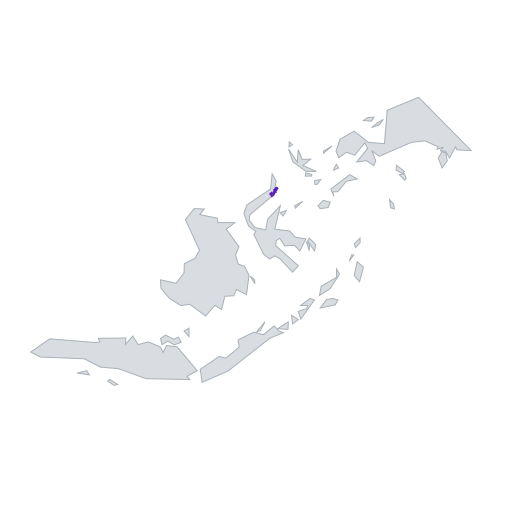 location of Bolaang Mongondow Selatan, Sulawesi Utara, Indonesia, rotated 315°
{"feature_id": "22746128B14720240696101", "entity_name": "Bolaang Mongondow Selatan", "entity_type": "district", "adm_level": 2, "iso_a3": "IDN", "parent_name": "Indonesia", "parent_adm1": "Sulawesi Utara", "projection": "natural_earth1", "projection_center": [123.982, 0.455], "detail": "fine", "context": "in_parent", "style": "filled", "palette": "violet", "viewbox_px": 512, "rotation_deg": 315, "n_neighbors": 0, "source": "geoboundaries", "source_scale": "gbopen_adm2", "svg_char_len": 5771}
<svg xmlns="http://www.w3.org/2000/svg" viewBox="0 0 512 512"><g transform="rotate(315 256 256)"><path d="M171.6,205.3L180.3,218.8L193.3,217.0L199.9,210.7L211.3,214.5L220.1,212.0L231.8,180.4L245.9,178.8L252.6,186.2L245.5,187.0L255.5,202.0L252.7,205.4L264.6,217.4L253.9,216.0L250.5,237.5L242.3,240.7L237.7,249.2L240.6,255.1L237.5,264.6L222.0,276.6L218.5,265.9L212.2,268.4L205.5,262.4L193.8,269.5L192.2,261.9L177.9,262.8L175.1,243.3L167.9,238.0L164.8,224.6L166.1,211.5L171.6,205.3ZM28.8,164.6L51.7,168.8L81.1,203.5L84.7,206.3L86.3,202.7L106.0,222.0L101.2,226.2L112.3,225.4L110.0,235.3L119.2,240.6L124.0,252.8L122.1,258.5L129.5,256.1L136.0,264.4L133.3,295.6L122.2,292.2L121.9,296.6L91.6,265.1L78.9,238.2L67.4,224.6L61.9,207.2L32.1,175.0L28.8,164.6ZM483.2,258.7L482.7,333.6L473.1,323.0L474.3,319.9L462.1,323.5L464.1,316.0L460.8,312.1L462.0,311.5L463.9,311.8L465.1,311.4L459.4,308.5L462.0,307.6L456.9,294.0L446.4,285.6L413.6,272.6L412.3,263.8L407.9,273.5L403.1,275.4L401.5,266.6L393.7,260.8L410.9,258.9L413.1,252.9L397.1,254.5L393.4,246.6L384.1,245.1L386.7,238.5L398.0,232.8L413.7,237.2L415.9,255.2L426.3,267.4L451.8,245.7L483.2,258.7ZM323.3,217.2L312.0,225.2L280.5,222.6L276.6,225.6L275.3,235.1L281.4,244.4L290.4,238.2L308.9,237.6L288.2,250.3L297.5,262.1L297.1,270.3L303.3,279.2L290.5,283.4L290.8,275.8L283.6,269.2L285.2,260.3L281.2,259.4L277.3,262.6L279.0,293.0L270.4,293.2L271.0,275.1L269.4,269.1L263.5,267.8L262.6,260.0L269.8,239.1L273.2,238.6L271.9,229.7L277.4,217.5L285.5,213.4L313.8,218.9L325.5,209.3L323.3,217.2ZM136.5,296.7L158.9,301.0L162.4,306.8L179.8,308.6L183.8,302.6L200.8,308.4L205.5,316.8L219.4,318.3L219.2,325.4L221.2,329.6L208.0,324.0L155.0,317.6L128.5,307.3L136.5,296.7ZM351.6,218.9L361.1,210.6L356.9,220.2L363.2,226.2L353.2,225.2L358.5,238.9L351.2,231.5L348.6,215.6L354.6,203.4L351.6,218.9ZM356.2,261.6L379.8,264.7L382.1,273.1L372.6,267.0L359.4,268.4L355.6,265.0L353.3,268.9L356.2,261.6ZM302.4,327.8L285.1,331.5L272.9,328.8L280.9,323.5L297.9,328.0L303.8,322.0L302.4,327.8ZM252.6,322.5L264.2,324.2L266.2,328.4L243.0,332.3L246.7,325.0L254.7,329.1L257.4,327.6L252.6,322.5ZM323.6,331.6L324.0,339.9L311.0,347.4L311.6,339.3L323.6,331.6ZM136.0,247.9L139.2,257.0L143.7,258.3L142.2,264.0L135.5,261.2L133.4,253.8L126.9,252.2L130.1,246.8L136.0,247.9ZM458.6,323.9L449.8,325.2L454.2,315.7L461.0,313.7L463.1,317.2L458.6,323.9ZM275.0,336.6L280.4,340.5L282.9,345.0L277.4,346.6L264.6,338.2L275.0,336.6ZM342.9,264.2L346.6,270.5L341.2,272.7L334.9,268.0L335.3,264.4L342.9,264.2ZM220.0,322.7L232.3,325.4L226.7,330.5L220.0,322.7ZM239.2,323.1L241.0,330.9L233.8,329.8L239.2,323.1ZM157.6,259.7L151.6,265.6L152.1,258.2L157.6,259.7ZM419.5,291.1L420.8,301.1L418.1,301.6L415.8,294.3L419.5,291.1ZM216.0,308.8L206.6,311.8L202.6,310.1L216.0,308.8ZM306.3,281.0L306.4,290.0L301.0,293.8L303.1,281.8L306.3,281.0ZM46.8,212.3L55.3,217.5L54.1,222.2L46.8,212.3ZM67.5,249.1L64.2,247.2L62.7,239.8L65.2,239.7L67.5,249.1ZM387.1,320.7L385.3,317.1L390.3,310.5L390.1,316.4L387.1,320.7ZM377.8,229.5L387.5,232.0L376.5,231.1L377.8,229.5ZM318.6,247.8L327.6,250.3L317.8,250.1L318.6,247.8ZM302.2,285.4L297.4,289.9L301.6,281.8L302.2,285.4ZM427.7,236.2L432.8,237.0L437.6,241.3L433.0,242.2L427.7,236.2ZM342.3,316.9L339.0,320.2L332.3,320.6L334.1,316.9L342.3,316.9ZM419.1,302.8L416.9,307.5L414.6,307.3L414.9,299.9L419.1,302.8ZM355.8,247.8L349.9,248.6L348.3,247.0L350.8,244.0L355.8,247.8ZM428.6,247.0L435.8,247.7L442.7,249.4L436.1,250.5L428.6,247.0ZM303.6,242.3L309.6,245.3L303.5,246.9L303.6,242.3ZM360.5,203.1L356.4,202.2L360.2,198.8L360.5,203.1ZM318.3,325.5L324.9,322.8L325.7,324.5L318.3,325.5ZM377.7,248.1L376.6,252.2L371.5,250.2L374.1,248.9L377.7,248.1ZM238.1,272.0L235.6,274.8L237.7,266.1L238.1,272.0ZM350.0,232.3L353.1,238.0L351.9,238.8L347.3,234.4L350.0,232.3Z" fill="#d9dde1" stroke="#a8b0b8" stroke-width="1"/><path d="M310.9,222.1L310.7,222.2L310.4,221.9L310.3,222.0L310.2,222.0L309.9,222.0L309.8,222.3L309.8,222.5L310.0,222.7L310.0,222.8L310.0,223.0L309.7,223.0L309.8,223.3L309.8,223.5L310.0,223.6L309.9,223.8L309.8,224.0L309.6,224.1L309.5,224.3L309.4,224.5L309.5,224.6L309.4,224.6L309.4,224.8L309.3,225.0L309.5,225.1L309.8,225.0L310.0,225.0L310.3,225.0L310.5,225.1L310.7,225.3L310.8,225.3L310.8,225.2L311.0,225.2L311.3,225.3L311.3,225.2L311.5,225.1L311.8,225.0L312.0,225.0L312.3,225.1L312.5,225.0L312.5,224.9L312.8,224.9L313.0,224.9L313.3,224.8L313.3,224.7L313.5,224.7L313.8,224.6L314.0,224.6L313.9,224.5L314.0,224.5L314.3,224.5L314.3,224.4L314.6,224.4L314.8,224.4L315.0,224.3L314.9,224.4L315.0,224.5L315.0,224.4L315.2,224.2L315.3,224.2L315.5,224.2L315.9,224.1L316.0,224.1L316.3,224.2L316.5,224.1L316.6,224.3L316.6,224.2L316.8,224.2L317.3,224.0L317.3,223.9L317.3,224.0L317.3,223.9L317.2,223.8L317.2,223.7L317.3,223.8L317.5,223.8L317.6,224.0L317.6,223.9L317.7,223.7L317.8,223.6L318.0,223.6L318.3,223.6L318.5,223.5L318.6,223.4L318.7,223.5L318.8,223.5L319.0,223.5L319.0,223.4L318.9,223.4L319.0,223.3L319.2,223.2L319.2,222.9L319.1,222.7L318.9,222.6L318.9,222.4L318.9,222.2L318.7,222.2L318.3,222.0L318.2,221.8L318.1,221.7L317.9,221.7L317.7,221.8L317.7,222.0L317.4,222.3L317.2,222.4L316.9,222.4L316.8,222.5L316.7,222.5L316.4,222.6L316.2,222.6L316.3,222.5L316.3,222.4L316.2,222.4L316.1,222.2L316.0,222.3L315.9,222.2L315.9,222.3L315.6,222.5L315.4,222.7L315.2,222.8L315.1,222.7L315.0,222.8L314.9,222.8L315.0,222.9L315.0,223.0L314.9,223.0L314.7,223.1L314.5,223.3L314.4,223.3L314.2,223.3L314.0,223.5L313.9,223.6L313.7,223.7L313.4,223.5L313.2,223.5L313.2,223.4L312.9,223.4L312.8,223.5L312.7,223.6L312.4,223.6L312.3,223.4L312.2,223.4L311.9,223.4L311.7,223.3L311.4,223.2L311.5,223.1L311.6,222.9L311.7,222.6L311.6,222.4L311.7,222.2L311.3,222.2L311.1,222.2L310.9,222.1ZM318.1,223.8L318.1,223.7L318.1,223.8ZM319.3,223.5L319.2,223.5L319.3,223.5L319.3,223.5Z" fill="#8b5cf6" stroke="#5b21b6" stroke-width="1.5"/></g></svg>